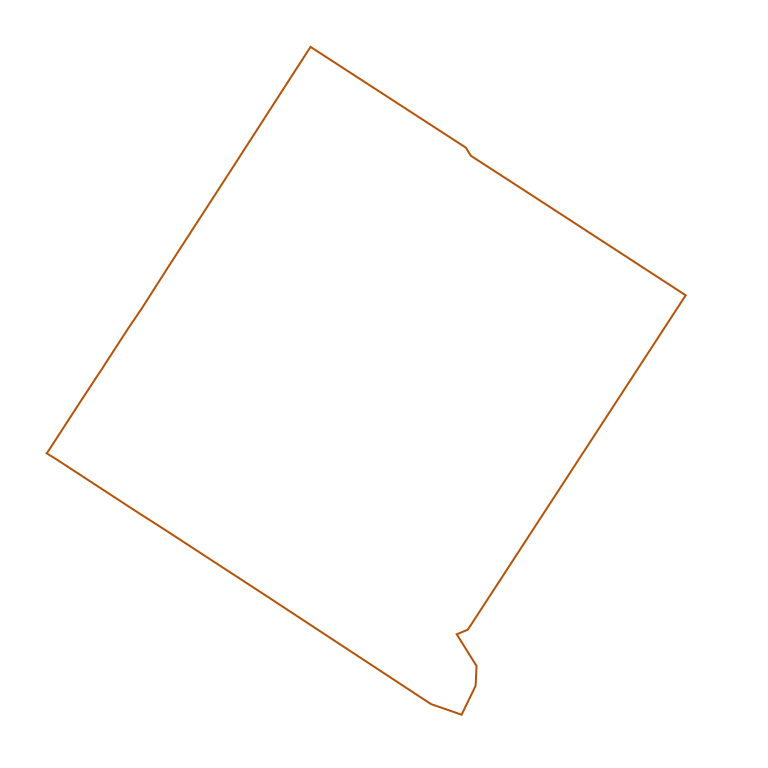 Ottawa, Oklahoma, United States of America, rotated 213°
{"feature_id": "52423323B73964921740161", "entity_name": "Ottawa", "entity_type": "district", "adm_level": 2, "iso_a3": "USA", "parent_name": "United States of America", "parent_adm1": "Oklahoma", "projection": "natural_earth1", "projection_center": [-94.749, 36.834], "detail": "fine", "context": "isolated", "style": "outline", "palette": "amber", "viewbox_px": 768, "rotation_deg": 213, "n_neighbors": 0, "source": "geoboundaries", "source_scale": "gbopen_adm2", "svg_char_len": 634}
<svg xmlns="http://www.w3.org/2000/svg" viewBox="0 0 768 768"><g transform="rotate(213 384 384)"><path d="M628.8,482.2L628.7,364.0L628.3,316.0L628.8,291.2L628.8,270.1L628.8,248.6L628.7,243.5L628.9,231.8L628.9,218.7L629.0,213.4L629.0,148.2L629.0,146.0L629.1,142.1L620.5,142.4L532.7,142.2L530.3,142.2L517.4,142.2L488.6,142.4L486.1,142.4L441.4,142.3L377.8,142.2L366.4,142.2L355.9,142.1L351.9,142.1L184.5,141.2L170.0,141.2L138.8,148.9L142.8,180.8L152.8,197.9L186.7,213.7L179.9,223.6L179.3,622.7L366.4,622.8L435.5,622.7L444.1,626.8L629.2,626.7L629.2,624.5L629.1,577.6L628.8,482.2Z" fill="none" stroke="#b45309" stroke-width="2"/></g></svg>